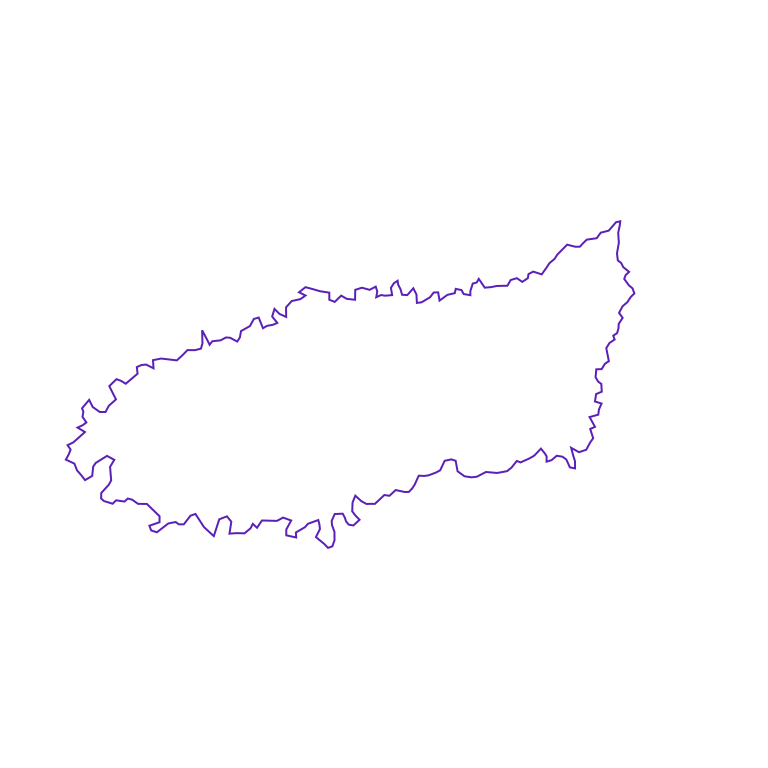 outline of Quevedos, Rio Grande do Sul, Brazil, rotated 46°
{"feature_id": "56859067B61600726657402", "entity_name": "Quevedos", "entity_type": "district", "adm_level": 2, "iso_a3": "BRA", "parent_name": "Brazil", "parent_adm1": "Rio Grande do Sul", "projection": "orthographic", "projection_center": [-54.066, -29.293], "detail": "fine", "context": "isolated", "style": "outline", "palette": "violet", "viewbox_px": 768, "rotation_deg": 46, "n_neighbors": 0, "source": "geoboundaries", "source_scale": "gbopen_adm2", "svg_char_len": 3705}
<svg xmlns="http://www.w3.org/2000/svg" viewBox="0 0 768 768"><g transform="rotate(46 384 384)"><path d="M194.7,583.1L208.9,587.5L208.5,597.0L210.7,603.8L206.7,607.9L198.2,609.5L190.6,607.1L191.7,618.1L195.1,619.5L198.2,623.7L204.9,624.8L204.3,629.5L202.5,634.7L210.8,632.5L210.2,648.0L208.2,654.1L213.5,655.0L215.7,659.9L217.4,665.4L226.2,662.0L232.8,664.8L239.1,665.1L245.5,665.8L247.4,657.7L241.5,650.7L240.5,646.3L243.3,633.2L251.2,630.7L253.3,638.6L263.8,647.2L265.3,652.1L266.0,663.1L269.8,667.0L273.6,666.8L281.6,662.4L281.6,657.5L288.3,652.3L288.4,647.9L292.3,645.5L299.4,644.2L305.5,637.9L323.2,637.3L327.5,641.5L323.0,651.2L327.6,653.2L332.9,650.4L334.5,636.0L338.6,629.7L342.4,629.1L345.9,625.5L344.3,614.7L346.5,609.9L362.0,612.9L375.2,612.1L372.4,606.8L366.9,596.5L370.1,588.9L377.0,589.5L384.3,599.1L389.0,593.5L394.5,588.1L395.1,580.4L393.5,575.5L399.2,575.2L397.4,566.6L408.1,556.1L410.0,549.4L417.7,545.6L420.8,555.4L425.0,559.4L433.4,553.8L429.6,550.5L432.1,540.3L431.7,535.9L436.2,525.8L440.0,527.9L443.9,530.9L446.8,539.3L457.5,538.1L463.0,538.1L464.9,534.0L462.0,528.1L455.9,522.3L449.5,519.5L446.1,516.7L443.3,509.8L448.6,503.8L452.9,505.0L456.4,506.7L460.6,507.1L464.5,504.3L464.7,495.9L458.6,495.9L453.5,495.3L447.4,488.9L444.4,482.2L452.5,481.7L458.0,480.0L463.9,473.8L464.1,460.9L468.2,457.7L468.4,449.3L476.1,444.1L478.9,441.1L478.7,436.2L477.6,431.6L474.1,422.7L478.1,418.9L480.6,415.5L483.7,408.4L485.1,403.6L481.4,393.7L485.0,387.9L489.0,385.8L497.9,391.7L506.3,390.2L511.9,385.9L515.2,381.6L518.1,371.8L526.6,364.4L532.2,356.0L532.7,350.3L531.6,341.9L535.2,340.3L538.6,331.0L539.9,325.6L539.5,316.0L545.2,316.5L548.9,317.2L552.8,321.0L555.2,316.3L555.6,309.6L560.3,306.1L565.0,305.3L573.1,308.2L577.4,305.2L572.3,300.3L566.2,297.2L559.9,293.7L568.5,291.1L571.8,284.2L569.3,276.4L568.3,271.2L559.6,266.9L561.4,262.0L550.6,259.1L554.9,251.2L551.6,247.0L549.2,241.1L543.1,244.4L538.6,238.4L540.8,232.7L534.9,227.6L531.0,228.3L526.1,227.1L520.9,221.1L524.5,217.1L522.9,211.0L523.8,206.4L512.6,199.2L511.1,193.2L512.2,187.2L508.5,185.5L509.3,181.0L506.9,176.7L503.8,173.4L502.2,166.4L496.1,165.5L493.8,158.3L494.2,152.1L492.8,145.9L492.8,141.0L487.9,138.8L483.0,139.3L475.3,138.2L473.5,134.5L473.6,129.8L466.1,130.7L461.6,129.3L457.6,130.0L451.9,125.7L445.5,116.9L438.0,110.6L434.1,104.8L431.1,101.0L428.8,104.8L429.8,115.8L425.7,123.0L426.9,129.7L421.0,137.9L421.0,142.8L421.3,147.7L418.2,151.0L411.0,155.5L411.3,169.4L412.5,174.4L412.0,181.1L413.3,186.9L414.7,194.4L406.8,198.6L405.3,203.7L407.8,207.0L406.6,213.6L400.2,214.9L397.2,220.6L399.0,227.0L391.9,234.7L388.6,239.8L384.7,244.6L374.2,242.8L375.4,246.8L373.4,250.4L377.2,257.4L380.1,260.2L374.6,264.2L370.3,263.0L365.4,266.3L367.8,270.0L363.9,276.5L362.6,286.1L355.7,281.4L352.7,284.7L353.6,290.6L351.3,300.3L348.5,304.0L342.2,298.5L335.5,296.4L336.2,305.5L332.4,309.0L327.1,306.2L322.4,304.8L319.2,302.5L318.4,306.9L319.6,312.2L325.7,316.4L321.3,321.8L317.9,324.4L316.2,329.3L312.8,324.6L308.2,322.3L306.3,328.9L299.4,333.0L296.3,339.3L303.3,346.3L296.8,351.7L290.7,353.4L290.7,362.4L285.4,364.8L280.3,359.9L272.8,365.6L265.8,369.6L259.8,373.2L259.0,381.4L265.8,379.0L264.9,385.1L260.2,392.8L260.8,401.2L267.8,407.8L260.9,410.5L253.9,410.6L257.8,417.6L265.9,418.3L264.4,422.5L260.9,427.8L259.8,432.3L249.1,428.0L246.8,432.5L249.2,440.2L246.6,450.1L250.4,455.3L251.5,460.1L243.8,462.6L240.7,465.4L239.1,471.2L234.0,477.8L234.6,482.2L230.4,480.8L219.0,477.5L228.7,486.4L231.4,491.1L228.4,496.4L223.1,501.8L223.3,509.5L223.1,516.6L210.9,526.6L206.4,533.6L212.6,538.9L204.8,541.6L201.9,545.2L200.1,550.0L205.4,554.1L204.4,569.6L199.0,571.0L194.7,573.1L194.7,583.1Z" fill="none" stroke="#5b21b6" stroke-width="2"/></g></svg>